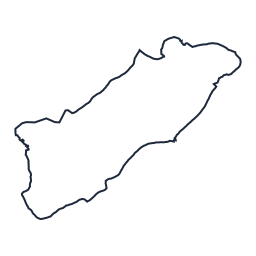 outline of Bali, Taraba, Nigeria
{"feature_id": "59680162B98222207712503", "entity_name": "Bali", "entity_type": "district", "adm_level": 2, "iso_a3": "NGA", "parent_name": "Nigeria", "parent_adm1": "Taraba", "projection": "albers", "projection_center": [10.998, 8.109], "detail": "fine", "context": "isolated", "style": "outline", "palette": "slate", "viewbox_px": 256, "rotation_deg": 0, "n_neighbors": 0, "source": "geoboundaries", "source_scale": "gbopen_adm2", "svg_char_len": 5244}
<svg xmlns="http://www.w3.org/2000/svg" viewBox="0 0 256 256"><path d="M201.7,44.7L199.7,45.1L198.2,45.4L196.7,45.7L195.5,46.3L194.0,46.4L192.5,47.0L189.3,44.8L187.3,43.3L186.2,43.3L185.4,43.7L184.9,44.9L183.6,44.9L182.8,43.9L181.6,42.5L181.7,40.8L180.9,41.1L180.2,40.8L179.9,39.4L178.3,38.3L174.1,37.0L171.3,37.9L168.5,38.7L164.4,41.1L162.9,44.9L162.3,48.0L161.1,49.6L161.3,51.2L161.3,53.9L163.9,55.9L164.1,56.6L162.6,57.1L161.4,58.0L158.9,58.9L157.9,59.2L156.6,59.2L155.4,59.0L153.3,58.6L149.2,56.5L147.6,56.0L146.6,55.3L145.3,54.6L144.2,53.9L143.3,53.1L142.7,52.6L141.9,52.2L140.6,50.9L139.6,50.1L139.1,51.5L138.4,52.3L137.9,53.1L137.4,53.9L134.7,58.5L133.8,63.6L133.1,64.7L132.2,65.8L131.0,66.9L129.8,68.2L129.0,69.3L127.8,70.6L126.4,72.0L125.7,72.5L125.2,73.1L123.7,73.9L122.2,74.8L120.8,75.6L120.3,76.1L119.5,76.7L118.3,77.3L117.6,77.6L115.8,78.1L114.6,78.7L113.3,79.3L111.4,80.2L109.9,81.5L109.4,82.1L109.0,82.9L107.8,84.7L107.7,84.8L106.8,85.8L106.1,86.9L104.9,88.2L103.9,89.3L103.0,90.4L101.5,91.5L100.8,92.3L100.1,92.8L98.1,93.7L96.6,94.5L95.6,95.3L93.2,97.0L91.7,98.6L91.0,99.9L90.4,100.8L90.1,101.3L89.6,101.8L88.4,102.9L86.7,103.8L85.2,104.9L84.0,105.9L82.7,106.8L81.3,107.9L80.3,108.4L78.6,109.5L76.4,111.4L73.7,112.9L72.4,112.9L72.1,113.1L68.0,110.2L66.3,110.4L65.5,110.5L59.4,122.4L54.8,122.1L46.3,118.4L34.8,122.4L26.4,122.1L24.5,122.6L22.2,123.2L15.4,128.8L15.5,133.5L15.7,134.3L15.9,135.2L17.3,135.2L18.7,137.2L19.7,138.1L19.5,139.5L20.1,140.2L21.4,140.3L22.6,139.6L23.4,140.5L22.1,141.1L21.9,141.5L22.4,141.8L22.9,141.5L23.3,141.9L23.1,142.6L24.0,143.6L24.3,144.0L25.9,144.7L25.9,145.9L27.9,145.6L28.2,146.1L27.3,147.6L28.5,148.7L28.6,149.6L27.5,150.0L26.5,150.3L26.0,150.4L26.1,151.9L25.9,153.2L25.7,154.8L26.6,156.0L27.1,157.3L28.0,159.1L28.2,159.8L28.6,161.1L28.4,162.7L28.7,163.7L28.7,164.5L28.5,165.2L28.8,167.0L28.6,168.6L28.9,169.6L29.3,170.9L30.1,172.1L30.6,172.9L30.9,173.9L31.0,175.5L30.5,176.8L30.6,177.6L30.9,178.6L30.9,179.3L31.0,181.4L30.3,182.7L29.9,184.3L29.9,185.1L30.0,186.4L29.3,187.7L28.8,188.7L28.1,189.8L26.1,190.9L25.6,191.2L24.9,191.5L23.6,191.8L22.9,192.6L21.9,193.7L22.0,195.0L22.8,196.2L23.9,198.3L24.8,200.3L25.4,201.8L25.9,203.1L26.5,204.3L27.1,205.6L27.9,206.6L28.4,208.1L29.0,208.6L30.8,209.8L31.6,210.8L32.1,211.6L32.7,213.1L34.0,214.3L35.4,215.8L36.5,217.1L37.2,217.6L38.0,218.0L40.3,219.0L41.9,218.9L42.7,218.7L43.4,218.6L44.4,218.3L46.9,217.7L47.9,217.4L49.1,216.8L50.1,216.7L51.1,215.9L51.6,215.4L52.3,214.6L54.5,212.7L55.3,212.6L56.2,211.8L57.0,211.0L57.9,210.4L58.4,209.7L60.2,208.8L61.2,208.5L62.4,208.2L63.2,207.9L64.1,207.1L65.1,206.5L65.6,206.0L66.3,205.4L67.3,205.4L68.3,205.1L69.8,204.5L71.1,204.2L72.1,203.9L73.3,203.3L74.6,202.7L75.8,202.2L76.6,201.9L77.3,201.3L77.8,200.8L78.5,200.5L79.5,199.7L80.8,199.4L81.5,199.1L82.5,199.0L83.8,199.2L84.6,199.4L85.6,200.2L87.1,201.6L87.7,201.1L88.7,200.8L89.4,200.5L91.6,198.6L92.1,198.2L92.8,197.5L94.3,196.2L94.8,195.6L95.5,194.8L96.7,193.7L97.4,193.2L98.4,192.4L99.2,192.1L100.4,191.5L101.1,191.2L102.4,190.9L104.1,190.3L105.4,189.5L106.6,188.1L106.2,186.1L105.9,184.5L105.6,183.3L105.8,181.7L105.7,180.9L107.9,179.3L109.7,178.7L111.2,178.6L112.4,178.0L113.7,177.5L114.4,177.2L116.9,175.8L118.4,174.9L118.9,174.4L119.8,173.1L120.5,171.7L121.0,170.7L121.7,169.6L122.4,168.3L123.3,166.7L123.8,165.6L125.0,164.3L125.2,164.0L125.9,163.0L127.6,161.1L128.3,160.0L130.0,158.4L130.7,157.8L131.9,156.5L133.4,155.1L133.9,154.3L134.3,153.8L134.8,153.0L136.5,151.6L137.2,151.1L138.0,150.3L138.7,149.5L139.7,148.6L140.6,147.8L141.4,147.3L142.1,146.7L143.1,146.2L144.1,145.6L145.1,145.3L145.8,145.0L146.8,144.4L147.6,144.1L148.8,143.6L149.8,143.5L151.6,143.2L152.6,143.1L154.6,142.8L156.3,142.4L157.6,142.4L158.4,142.4L159.9,142.3L160.9,142.2L162.4,142.2L163.2,142.4L164.7,142.1L165.4,142.0L167.2,141.9L168.2,141.6L168.7,141.4L169.7,140.8L172.4,141.2L173.8,141.6L173.8,141.1L174.0,140.2L174.7,139.9L175.2,140.2L175.7,140.4L175.7,139.5L175.4,139.2L174.6,139.0L174.5,138.2L175.0,137.8L175.4,137.3L175.7,136.8L176.2,136.1L176.9,134.8L178.3,133.7L179.0,132.7L179.5,132.0L180.0,131.5L181.0,130.5L182.6,129.3L183.6,128.4L185.2,126.9L186.4,125.9L187.4,124.7L188.2,124.0L189.6,122.8L190.6,122.0L190.8,121.8L191.5,121.1L192.7,119.9L193.9,119.1L195.1,117.9L196.6,116.5L197.9,115.3L198.7,114.3L199.4,113.6L200.6,112.2L201.5,110.9L202.8,109.1L204.0,107.6L204.6,106.8L205.2,105.6L206.3,103.5L207.0,101.8L207.1,101.6L208.0,99.9L208.7,98.9L209.0,98.0L209.7,96.5L210.4,94.8L211.3,93.4L211.8,92.6L212.1,91.7L214.2,89.2L214.7,88.7L215.2,88.1L216.3,86.6L213.8,84.0L214.6,83.6L216.8,82.9L217.6,82.5L218.3,80.6L218.7,79.6L219.1,78.2L220.2,77.8L221.1,77.1L222.3,76.8L223.7,75.2L225.2,74.9L226.6,74.3L228.0,74.8L229.1,74.8L230.3,74.3L231.2,74.0L232.0,73.1L232.4,72.7L232.8,72.4L233.9,71.4L235.1,70.4L236.5,69.0L238.5,67.5L239.4,66.3L240.1,64.9L240.6,62.7L240.6,61.5L240.4,60.6L240.4,60.0L240.0,58.7L236.5,55.1L235.5,53.6L235.2,52.1L233.9,51.7L232.6,51.3L231.3,50.6L230.3,50.4L229.5,50.1L228.2,49.7L227.7,49.2L226.4,48.0L224.6,47.0L223.0,46.1L218.6,44.2L217.3,43.7L215.8,43.6L214.5,43.4L213.0,43.2L212.0,43.2L211.0,43.3L210.0,43.6L208.5,43.6L207.2,44.2L206.5,44.3L205.2,44.3L204.2,44.4L203.5,44.4L202.7,44.7L201.7,44.7Z" fill="none" stroke="#1e293b" stroke-width="2"/></svg>